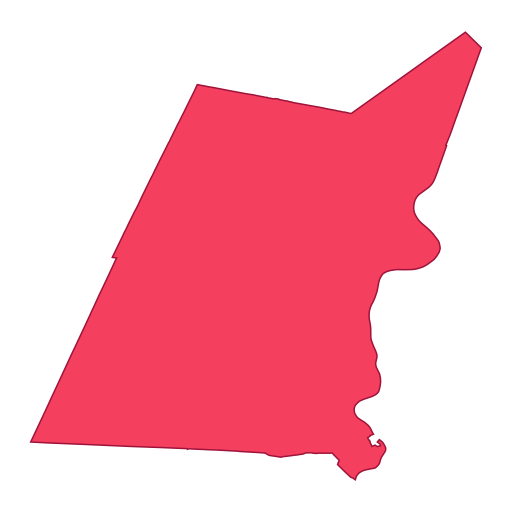 Eemnes, Utrecht, Netherlands (orthographic projection)
{"feature_id": "6326949B88613917422763", "entity_name": "Eemnes", "entity_type": "district", "adm_level": 2, "iso_a3": "NLD", "parent_name": "Netherlands", "parent_adm1": "Utrecht", "projection": "orthographic", "projection_center": [5.28, 52.255], "detail": "fine", "context": "isolated", "style": "filled", "palette": "rose", "viewbox_px": 512, "rotation_deg": 0, "n_neighbors": 0, "source": "geoboundaries", "source_scale": "gbopen_adm2", "svg_char_len": 6035}
<svg xmlns="http://www.w3.org/2000/svg" viewBox="0 0 512 512"><path d="M465.4,32.2L423.6,61.9L379.5,93.4L358.5,108.3L351.4,113.4L351.1,113.5L349.5,113.2L344.2,112.0L342.9,112.0L339.8,111.2L337.7,111.0L336.6,110.6L328.4,109.1L318.8,107.1L316.8,106.8L311.8,105.9L302.4,104.2L293.3,102.6L291.8,102.1L289.0,101.6L288.4,101.3L286.2,100.8L285.1,100.8L283.1,100.3L279.7,99.7L278.4,99.0L275.0,98.6L274.1,98.9L272.3,98.6L267.8,97.8L266.9,97.3L265.6,97.4L263.6,96.9L257.2,95.7L253.6,94.9L245.9,93.7L244.3,93.4L228.1,90.4L214.3,87.7L209.4,86.9L197.3,84.6L196.8,85.5L196.7,86.0L195.9,87.6L194.2,91.3L187.9,104.0L185.9,108.1L184.5,111.0L180.5,118.9L178.7,122.5L177.9,123.9L170.3,139.5L169.6,141.1L168.4,143.1L167.2,145.5L166.0,148.0L164.3,151.3L162.9,154.1L159.7,160.4L157.3,165.4L155.9,168.2L154.8,170.4L153.9,172.4L152.2,175.9L151.7,176.7L151.2,177.7L150.2,179.7L146.0,188.3L141.4,197.7L138.9,203.1L138.4,204.3L135.9,209.2L135.5,209.9L134.8,211.1L134.6,211.5L134.0,212.8L128.8,223.2L126.0,229.2L124.4,232.2L122.3,236.7L113.1,255.7L112.3,257.4L116.6,258.0L115.0,261.3L108.7,274.9L101.9,289.3L100.3,292.6L99.7,293.8L97.6,298.4L96.0,301.9L94.2,305.9L91.3,312.0L89.9,315.2L85.3,325.1L82.3,331.5L77.8,341.1L71.3,354.8L64.6,369.3L63.2,372.3L55.1,389.8L54.3,391.5L51.2,398.1L48.1,404.9L44.7,412.3L44.2,413.2L41.9,418.2L30.7,442.0L38.1,442.4L49.8,443.0L84.4,444.4L131.6,446.5L160.2,447.5L186.1,448.6L187.1,448.7L187.4,449.3L188.6,448.9L189.3,448.8L196.6,449.2L204.6,449.5L207.7,449.7L210.1,449.8L216.5,450.0L238.0,451.2L240.0,451.5L250.9,452.1L257.7,452.5L263.2,452.9L265.7,453.2L266.3,453.8L267.3,454.4L268.6,455.1L269.5,455.4L270.6,455.6L276.6,456.5L280.3,457.1L281.3,457.1L284.4,456.4L285.0,456.5L294.6,455.2L297.5,454.9L299.7,454.5L302.4,454.2L303.1,454.0L305.9,452.9L306.2,452.9L307.0,452.9L310.0,452.8L311.7,452.9L313.9,453.3L316.0,453.4L317.0,453.4L319.3,453.1L319.7,453.1L321.8,453.2L327.3,453.2L329.7,453.2L332.4,453.0L333.0,453.9L334.1,455.2L335.5,456.5L337.2,458.3L339.2,460.3L339.2,460.6L338.2,462.6L337.6,464.6L344.1,471.0L349.8,476.4L350.8,477.3L352.5,477.8L355.3,479.8L356.1,477.1L356.4,476.3L356.9,475.5L357.4,474.8L358.4,473.6L359.2,472.9L359.7,472.5L362.2,471.1L363.9,470.4L364.6,470.2L366.6,469.7L369.4,469.1L373.3,468.4L374.7,468.1L375.0,468.0L375.6,467.6L375.9,467.4L376.9,466.5L377.6,465.8L378.2,465.2L378.6,464.6L379.2,463.7L379.4,463.3L379.6,462.9L380.8,458.8L381.0,458.3L381.1,457.8L381.2,457.6L381.6,457.1L382.9,455.0L384.0,453.3L385.1,451.5L385.4,450.9L385.5,450.5L385.6,450.1L385.7,449.2L385.7,448.8L385.6,448.0L385.6,447.6L385.4,447.2L385.1,446.5L384.8,445.9L384.1,444.6L383.5,443.6L382.9,442.7L382.5,442.2L381.7,441.5L379.4,439.6L377.3,442.0L378.2,442.7L379.2,443.4L379.7,443.7L379.8,443.9L380.2,444.5L380.4,445.0L380.5,445.6L380.5,445.8L380.2,445.8L379.2,446.1L378.1,446.3L377.6,446.5L377.4,446.5L377.2,446.5L377.0,446.4L376.2,445.9L375.5,445.3L375.1,445.1L372.0,446.4L370.3,442.8L370.1,441.9L370.0,441.2L369.9,441.0L369.5,441.0L369.2,440.1L368.8,439.8L368.5,439.7L368.1,438.7L367.7,437.6L369.9,436.3L369.8,436.1L370.0,435.8L370.0,435.7L370.4,435.3L371.0,435.2L373.5,434.2L373.1,433.6L372.2,432.1L371.0,429.4L370.4,428.3L370.1,427.7L369.8,427.4L369.0,426.3L368.5,425.7L367.0,424.3L364.7,422.4L363.9,421.9L363.2,421.4L362.5,421.0L360.9,420.0L359.4,419.0L358.0,418.0L357.5,417.5L357.1,417.1L356.4,416.2L355.8,415.2L355.1,414.0L354.8,413.3L354.5,412.4L354.3,411.4L354.2,410.5L354.2,409.9L354.2,409.1L354.3,408.3L354.4,407.7L354.5,407.4L354.8,406.5L355.4,405.3L355.7,404.8L356.0,404.5L356.8,403.6L357.8,402.6L358.9,401.7L359.5,401.2L359.9,401.0L360.6,400.6L363.4,399.4L363.9,399.2L367.2,398.1L371.6,396.6L373.5,395.8L374.1,395.4L375.5,394.7L376.1,394.3L376.4,394.1L377.3,393.2L378.0,392.5L378.5,391.7L378.8,391.1L379.3,389.5L379.6,388.3L380.0,386.7L380.1,385.9L380.3,384.5L380.5,383.0L380.6,382.0L380.6,380.9L380.5,380.0L380.5,378.6L380.4,378.0L380.1,376.3L379.6,374.0L379.1,372.9L376.6,367.9L376.4,367.4L376.1,366.3L376.0,366.0L375.8,365.0L375.7,364.0L375.7,363.6L375.7,363.1L375.8,362.5L375.9,361.8L376.9,357.6L376.9,357.2L377.0,356.5L377.0,356.2L376.9,355.5L376.9,354.9L376.8,354.4L376.4,353.0L376.0,352.0L375.7,351.0L374.7,348.8L373.0,344.9L372.4,343.2L372.0,342.3L371.8,341.6L371.4,340.4L371.1,339.1L370.9,338.1L370.8,337.0L370.8,336.2L370.8,334.9L370.7,328.1L370.5,326.1L370.3,324.4L369.6,320.9L369.3,319.0L369.2,317.2L369.1,316.2L369.1,315.2L369.2,312.9L369.4,311.5L369.4,311.0L369.9,309.2L370.6,306.9L371.2,305.3L372.3,303.3L373.1,301.8L374.2,299.4L374.8,298.0L375.2,296.9L376.6,292.8L376.9,291.8L377.3,290.5L377.4,289.9L377.5,289.0L378.0,286.6L378.6,283.2L378.8,282.4L379.0,281.3L379.5,279.8L379.7,279.2L380.5,277.5L381.1,276.5L381.8,275.4L382.3,274.6L382.5,274.3L383.2,273.6L384.2,273.0L384.8,272.6L386.5,271.7L388.3,271.1L390.1,270.6L390.9,270.4L393.5,270.0L397.0,269.6L397.6,269.6L404.2,269.7L410.1,269.6L412.4,269.5L414.5,269.3L416.5,268.9L417.7,268.6L420.2,267.8L422.7,267.0L423.1,266.8L426.1,265.2L428.3,263.8L429.6,262.8L432.7,260.5L433.6,259.8L434.2,259.3L435.3,257.9L436.6,256.3L437.2,255.4L439.0,252.4L439.2,252.1L439.4,251.5L439.7,250.3L440.0,249.1L440.1,248.8L440.1,248.1L440.1,247.5L439.8,245.7L439.6,244.5L439.3,243.3L439.1,242.7L438.6,241.4L438.2,240.7L437.3,239.5L436.0,237.7L435.3,236.9L434.0,235.1L433.0,233.8L431.1,231.8L430.2,230.8L427.4,228.2L422.4,223.9L420.7,222.4L420.0,221.7L419.4,221.0L418.1,219.4L417.4,218.4L416.7,217.3L416.1,216.3L415.7,215.5L415.3,214.7L414.9,213.9L414.6,213.2L414.1,211.5L414.0,210.9L413.8,209.6L413.7,208.2L413.7,207.6L413.8,206.2L414.0,204.3L414.1,203.5L414.5,202.0L415.0,200.3L415.2,199.9L415.7,198.9L416.0,198.4L416.8,197.0L417.3,196.4L417.9,195.7L418.3,195.2L419.7,194.0L420.2,193.6L425.0,190.1L428.1,187.8L429.1,187.0L430.3,185.8L430.7,185.4L431.8,184.1L432.5,183.1L433.1,182.2L433.5,181.4L434.2,180.0L434.6,179.1L435.6,176.7L437.3,172.3L437.5,171.9L437.5,171.6L440.0,164.3L441.1,161.4L443.3,155.1L446.6,145.7L445.8,145.4L449.3,136.7L450.5,133.6L453.4,125.5L455.8,118.7L457.0,115.5L481.3,47.8L465.4,32.2Z" fill="#f43f5e" stroke="#9f1239" stroke-width="1.5"/></svg>